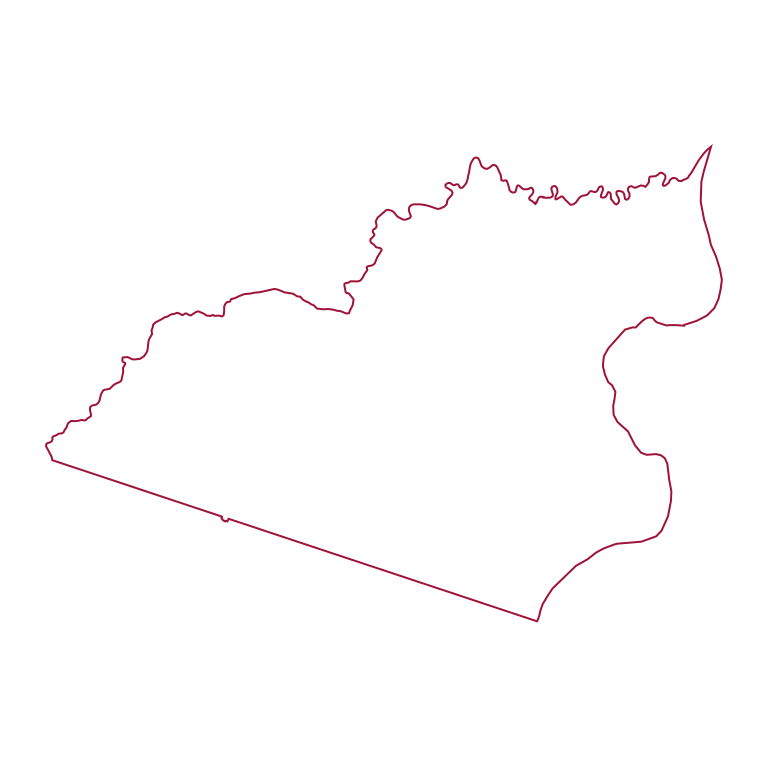 outline of Puerto Triunfo, Antioquia, Colombia
{"feature_id": "7082276B75593797021396", "entity_name": "Puerto Triunfo", "entity_type": "district", "adm_level": 2, "iso_a3": "COL", "parent_name": "Colombia", "parent_adm1": "Antioquia", "projection": "albers", "projection_center": [-74.698, 5.958], "detail": "fine", "context": "isolated", "style": "outline", "palette": "rose", "viewbox_px": 768, "rotation_deg": 0, "n_neighbors": 0, "source": "geoboundaries", "source_scale": "gbopen_adm2", "svg_char_len": 6091}
<svg xmlns="http://www.w3.org/2000/svg" viewBox="0 0 768 768"><path d="M537.0,621.3L538.1,619.1L539.5,614.8L540.3,610.9L542.7,604.1L547.6,595.9L552.6,588.4L576.0,565.8L587.5,559.3L596.2,552.5L603.6,548.5L613.7,544.7L617.1,543.7L641.3,541.7L656.2,536.3L661.5,530.8L668.0,516.3L670.9,501.1L671.4,491.6L669.2,479.6L667.3,463.7L664.8,458.2L661.0,455.3L656.1,454.1L646.7,454.8L641.0,452.7L634.8,445.0L628.0,431.4L617.5,422.0L613.6,414.8L613.2,405.9L614.5,399.1L615.4,391.8L612.0,385.2L608.2,382.1L604.9,374.4L602.9,366.0L603.8,356.4L608.4,348.2L625.0,329.6L632.5,327.4L635.7,327.5L641.5,321.7L644.8,319.1L647.2,317.9L649.7,317.5L652.3,317.9L653.0,318.2L654.7,320.5L656.7,322.3L666.6,325.5L669.1,325.1L675.6,325.1L684.1,325.7L684.2,324.9L696.6,320.9L707.0,315.5L714.3,308.2L718.4,299.3L720.5,290.0L721.9,279.8L719.8,268.7L716.0,256.5L710.9,244.8L708.7,234.9L704.1,219.6L700.7,201.7L701.4,181.7L703.7,171.7L711.0,146.7L706.9,150.1L703.4,153.9L698.7,160.3L691.1,173.2L688.9,175.9L688.2,177.4L687.0,178.4L682.9,180.1L681.7,181.0L680.5,181.1L678.6,180.8L676.3,178.6L675.3,178.2L673.5,177.9L672.4,178.2L670.2,179.8L668.6,183.0L667.6,183.8L665.2,185.6L663.6,185.8L663.0,185.4L662.9,184.5L663.1,183.2L665.2,178.6L665.5,177.3L665.2,175.4L664.6,174.7L662.2,172.9L660.5,172.7L659.5,173.2L658.1,174.6L655.5,176.2L650.5,176.6L649.7,176.9L649.1,178.7L648.8,182.5L645.8,186.5L645.4,186.8L643.6,185.9L641.0,185.4L635.4,187.7L634.5,187.7L631.3,186.2L629.7,186.5L629.0,187.0L628.2,188.1L627.9,189.7L628.2,191.1L629.4,193.3L629.6,196.1L628.7,198.3L627.2,199.6L626.1,199.6L625.0,198.9L624.2,194.3L623.1,192.3L621.7,191.5L620.5,191.2L618.0,191.0L616.9,191.4L616.4,192.2L616.6,194.5L618.7,198.5L619.1,201.0L618.9,201.8L618.1,203.2L616.8,204.3L616.2,204.4L615.1,204.0L614.3,203.1L611.1,199.1L610.6,193.7L610.3,193.1L609.4,192.3L608.4,192.1L608.0,192.3L606.3,195.9L605.5,196.9L603.6,197.6L602.2,197.6L601.2,197.2L600.9,196.1L601.2,194.4L602.8,190.5L603.0,188.9L602.2,186.6L601.2,186.3L599.5,186.9L598.9,187.4L597.7,190.1L596.1,191.8L594.6,192.1L591.2,191.1L590.1,191.3L587.6,194.4L586.2,195.1L582.3,195.8L580.9,196.5L579.5,197.5L575.7,202.7L573.1,204.4L570.9,204.8L570.2,204.5L565.1,199.6L562.6,196.6L561.2,196.5L556.9,199.1L556.1,199.4L555.5,199.2L555.4,196.9L557.4,192.7L557.5,191.1L557.1,188.4L556.3,187.2L555.8,186.5L554.3,186.0L552.3,186.7L551.4,188.0L551.5,189.7L552.8,194.0L552.8,195.7L552.3,196.5L550.6,197.5L547.0,197.8L543.1,197.5L543.3,197.0L541.1,196.7L539.9,196.8L538.7,197.7L536.8,201.8L535.2,202.7L536.1,203.2L535.4,204.0L532.4,201.3L529.8,199.8L529.1,198.4L529.7,196.9L532.3,194.2L533.3,192.2L533.3,190.3L532.8,189.1L532.0,188.1L531.2,187.7L530.2,187.9L528.7,188.9L527.5,189.2L523.8,189.3L522.9,188.9L519.0,185.6L517.8,185.4L516.9,186.5L515.9,190.6L515.2,192.0L513.7,192.6L512.5,192.4L511.1,191.8L509.6,190.2L508.3,185.1L506.8,180.9L506.0,180.3L503.2,180.8L501.4,180.2L500.9,175.9L500.6,174.8L497.3,167.4L496.0,165.8L494.5,165.0L492.8,165.0L489.2,167.8L487.1,168.8L486.0,168.8L484.4,168.3L482.3,166.8L481.3,165.6L479.7,161.0L478.3,158.4L476.7,157.5L474.8,157.8L473.7,158.6L472.8,159.8L470.6,163.9L469.5,169.2L469.1,172.3L468.3,175.1L467.5,179.5L466.4,182.8L464.7,185.2L462.7,187.4L461.6,187.9L460.5,187.8L459.7,187.4L458.7,185.2L457.9,184.4L456.2,184.3L454.9,185.1L453.3,185.2L450.1,183.0L448.4,183.0L447.5,183.3L446.3,184.0L445.4,185.1L445.6,186.7L446.3,187.5L448.6,188.7L451.2,190.5L452.0,191.3L452.5,192.8L452.4,193.6L451.6,195.3L447.9,199.4L447.1,201.3L446.8,204.0L445.4,205.7L444.3,206.6L440.0,208.6L437.2,208.9L429.9,206.3L424.8,205.0L419.7,204.3L413.4,204.3L410.8,205.4L409.4,207.0L409.1,207.8L408.9,208.7L409.0,211.0L410.8,216.0L410.3,217.7L408.8,218.5L405.4,219.7L403.6,219.7L402.6,219.3L398.8,217.4L397.2,216.3L394.2,212.6L392.2,210.9L388.3,209.8L386.3,210.1L377.6,217.6L376.0,220.8L375.8,221.7L376.6,225.6L376.3,227.3L375.3,228.4L373.4,229.5L372.8,230.7L372.9,232.2L374.2,234.1L374.4,235.1L372.6,237.3L371.0,238.7L370.5,239.3L370.3,240.6L370.4,241.3L371.4,243.0L374.0,244.7L376.1,247.2L380.2,248.1L381.5,249.2L381.6,250.3L377.2,257.3L374.7,263.6L371.9,265.5L368.0,266.2L366.8,267.1L366.7,267.6L367.3,269.7L367.1,270.5L364.7,273.7L362.5,277.9L360.9,279.9L360.2,280.6L357.9,281.4L350.5,281.3L348.6,282.6L345.6,283.1L344.4,284.1L344.3,284.9L345.7,292.4L346.5,292.9L348.8,293.4L353.6,299.3L352.7,305.1L350.1,310.2L349.0,313.1L346.9,313.5L345.5,313.2L340.4,311.1L337.3,310.8L333.8,309.8L330.0,309.2L328.1,309.0L323.3,309.3L317.3,308.6L316.5,308.2L314.5,305.9L313.3,305.1L311.2,304.3L308.1,302.2L305.6,301.3L303.0,299.7L300.2,296.7L297.1,296.3L293.0,293.7L284.7,292.4L278.4,289.8L274.6,288.9L259.7,292.2L254.3,292.7L250.9,293.5L244.3,294.1L238.9,296.2L235.3,298.0L230.9,299.3L230.2,301.3L229.7,301.7L226.9,302.2L225.2,304.2L224.2,306.4L224.2,310.5L223.7,315.0L222.6,316.1L221.8,316.4L218.9,315.6L214.5,315.9L213.0,315.0L210.6,315.9L206.4,315.5L204.3,313.9L198.5,311.4L197.7,311.4L195.7,312.2L190.9,315.4L189.2,315.1L186.2,313.4L184.9,313.7L183.1,314.9L182.0,315.0L178.7,313.2L177.2,312.8L174.2,313.9L171.9,314.2L170.2,314.8L167.7,316.5L164.6,317.3L161.9,319.1L155.7,322.3L153.6,324.1L153.1,324.9L152.7,327.4L151.6,330.2L152.0,334.2L149.5,338.4L148.5,341.2L147.5,350.3L146.4,352.8L144.1,356.1L140.1,358.8L135.3,359.4L132.9,359.4L131.5,359.0L127.7,357.1L123.1,357.4L122.7,357.6L122.3,360.1L122.5,361.2L123.3,362.1L124.8,362.7L125.3,363.9L123.0,367.9L123.2,372.0L121.4,380.4L119.6,382.1L116.4,383.3L113.6,385.0L109.7,388.8L104.5,389.8L103.2,390.4L100.9,394.5L99.6,400.3L98.1,403.1L95.9,404.7L91.8,405.6L90.3,407.0L90.0,408.4L90.0,410.1L91.1,415.1L90.9,416.2L87.5,418.4L86.0,419.9L84.5,420.5L81.7,419.9L78.8,420.7L74.6,421.2L71.6,420.9L70.8,421.1L68.2,423.2L67.3,425.0L66.6,427.3L64.7,429.9L63.4,432.5L62.0,433.3L58.3,433.8L56.8,435.0L53.0,436.6L52.4,437.3L52.5,439.3L51.8,441.2L50.3,442.2L47.1,443.3L46.2,444.5L46.1,446.3L51.3,456.1L52.1,458.6L52.3,460.2L221.9,516.6L221.8,517.4L221.5,517.4L221.6,518.5L222.1,518.4L222.7,519.9L223.3,520.4L224.6,520.8L224.5,521.1L225.0,521.3L225.1,521.0L226.0,521.2L226.4,520.9L227.4,521.4L228.6,518.8L537.0,621.3Z" fill="none" stroke="#9f1239" stroke-width="2"/></svg>